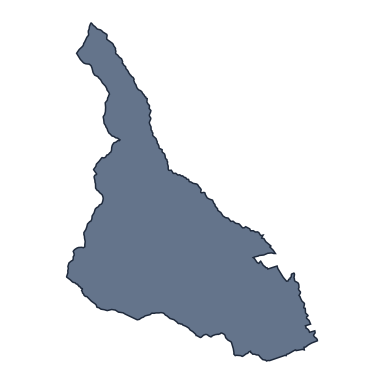 Bertea, Prahova, Romania (orthographic projection)
{"feature_id": "2599482B89107382852498", "entity_name": "Bertea", "entity_type": "district", "adm_level": 2, "iso_a3": "ROU", "parent_name": "Romania", "parent_adm1": "Prahova", "projection": "orthographic", "projection_center": [25.825, 45.276], "detail": "fine", "context": "isolated", "style": "filled", "palette": "slate", "viewbox_px": 384, "rotation_deg": 0, "n_neighbors": 0, "source": "geoboundaries", "source_scale": "gbopen_adm2", "svg_char_len": 5933}
<svg xmlns="http://www.w3.org/2000/svg" viewBox="0 0 384 384"><path d="M317.4,340.8L317.3,339.7L316.5,338.4L314.6,337.0L313.6,335.5L313.7,334.7L315.0,333.1L315.1,332.4L314.8,330.8L309.5,332.3L309.1,331.0L308.4,329.8L307.3,328.8L305.9,328.0L306.0,327.1L305.4,325.8L310.6,324.1L309.0,320.4L306.6,318.3L306.6,316.8L307.9,315.9L308.0,315.4L305.5,312.9L305.3,308.6L305.1,308.2L304.2,308.2L303.7,307.6L304.4,304.5L304.4,303.5L303.8,302.7L302.1,301.3L300.7,298.6L300.0,296.6L299.0,295.4L300.4,293.0L300.4,291.9L298.9,290.1L298.4,288.9L299.0,287.5L298.8,284.7L298.3,283.2L296.8,282.1L295.2,281.4L294.5,280.3L294.4,278.7L294.0,277.8L294.5,274.5L294.3,273.5L293.9,273.1L291.7,274.0L291.4,274.4L291.2,276.9L290.0,278.0L290.0,278.9L288.8,279.3L288.0,281.0L286.5,281.2L283.2,277.3L277.8,268.5L277.1,266.0L267.8,269.0L267.2,267.9L265.5,267.5L265.2,266.8L263.3,265.4L260.7,261.2L260.1,261.7L258.8,263.4L257.2,262.6L254.4,258.5L253.2,257.6L255.1,256.8L258.2,256.1L259.1,255.5L263.8,255.0L267.7,253.3L271.7,252.9L273.8,253.5L275.4,253.5L273.2,250.2L269.9,247.0L270.9,246.0L265.7,241.6L264.0,238.7L262.6,238.2L261.7,238.1L262.0,237.1L263.1,235.1L261.0,235.6L260.3,235.0L258.9,232.7L257.7,231.9L255.3,232.0L253.3,230.7L250.6,230.8L249.7,228.8L245.7,226.7L244.2,227.8L242.5,227.8L239.6,224.4L238.8,223.8L235.6,223.3L233.1,221.2L230.8,221.4L228.2,218.1L225.4,217.6L222.9,215.9L220.8,212.5L217.9,210.5L217.7,210.2L217.5,208.7L215.2,206.1L214.9,204.4L213.8,203.2L212.5,200.1L209.4,199.1L207.2,197.9L205.5,194.9L204.8,192.7L203.8,192.4L201.6,192.8L200.8,192.5L200.7,191.8L201.1,190.1L201.1,189.4L200.1,188.0L198.8,186.6L197.6,184.6L196.6,184.0L193.0,183.3L191.2,182.1L189.3,181.6L188.5,179.4L186.7,179.1L185.7,177.6L184.4,177.4L182.7,175.9L181.3,175.9L179.8,174.8L177.8,175.0L175.8,173.3L173.3,173.4L171.3,170.2L169.2,170.4L168.6,170.1L168.2,169.0L168.2,166.1L167.4,163.7L167.6,161.9L167.1,161.1L166.9,159.6L165.8,158.8L165.4,158.1L165.0,155.3L164.5,153.9L162.3,152.1L162.1,151.2L162.1,149.6L159.8,148.6L159.1,148.0L158.9,146.0L158.4,145.0L158.3,144.4L157.2,143.2L157.2,141.5L156.5,140.2L156.3,139.2L155.9,138.5L152.9,135.7L152.6,135.1L152.9,133.1L152.1,132.0L151.9,130.8L151.1,130.0L151.0,126.8L149.7,124.2L149.3,122.7L149.5,121.8L150.7,119.1L150.8,118.5L150.7,117.9L149.5,116.2L149.3,115.0L150.6,112.0L150.9,110.5L149.2,108.6L149.5,105.9L149.3,105.3L147.9,103.8L146.9,102.0L147.2,98.6L146.0,98.0L145.8,97.1L144.8,96.5L144.3,95.3L142.5,93.2L141.9,91.9L140.6,90.7L138.4,89.7L136.8,87.6L135.9,84.7L134.8,83.3L133.7,80.3L134.1,79.2L133.2,77.5L131.6,76.5L130.7,75.2L130.1,74.8L128.6,72.6L128.3,71.6L127.3,70.1L125.9,68.6L125.6,66.7L123.5,64.8L123.1,63.8L122.3,63.2L122.6,61.5L121.5,58.7L119.4,57.3L117.6,55.0L115.8,53.7L115.6,52.6L115.9,51.2L115.4,49.8L115.5,48.4L113.7,45.7L113.2,44.3L112.4,43.3L106.8,39.3L106.7,37.7L107.1,35.6L106.8,34.4L102.9,32.0L101.6,30.6L100.3,29.8L97.3,29.1L94.9,26.5L93.4,25.5L91.8,23.5L91.1,23.0L90.4,24.0L89.4,26.6L89.1,29.2L88.3,30.9L88.3,32.3L88.6,34.0L88.5,35.3L86.9,37.2L84.6,42.1L83.7,43.4L83.4,45.0L82.6,46.3L79.2,49.5L76.6,53.3L80.4,59.5L83.1,62.4L84.1,63.2L85.9,63.8L89.4,64.2L91.1,65.8L92.0,68.1L93.1,72.6L94.6,75.1L98.0,76.7L98.6,77.8L100.7,79.8L102.3,82.8L105.5,86.2L106.9,88.9L106.9,89.8L108.7,92.2L109.5,94.1L108.7,95.3L108.5,96.4L107.7,97.8L107.3,100.2L105.2,102.8L105.6,107.3L105.4,111.7L104.6,114.7L103.3,116.5L103.2,117.1L103.7,119.6L104.1,123.4L105.6,125.7L105.9,126.9L107.1,128.6L107.7,130.7L109.1,133.3L110.0,133.8L112.0,136.0L114.0,136.5L115.7,137.8L117.6,138.1L120.0,139.9L119.3,140.7L118.0,140.5L116.0,142.1L113.8,142.9L112.3,145.2L111.7,147.5L111.5,150.4L110.8,152.1L109.7,152.9L108.4,154.5L106.6,155.2L105.8,156.9L105.0,157.5L103.6,157.9L102.1,157.6L101.6,158.0L99.2,161.2L96.4,164.1L95.8,166.5L93.6,169.4L93.6,169.7L96.6,173.9L96.5,174.5L94.8,175.3L94.1,176.7L94.2,177.7L94.9,180.4L95.0,182.2L95.5,183.7L95.6,188.1L97.2,190.4L98.4,190.9L99.5,192.5L102.1,194.7L102.8,196.4L103.2,198.2L102.9,200.5L102.2,202.9L101.5,204.0L99.4,205.0L98.5,206.5L97.4,207.4L96.6,207.6L95.2,209.1L94.1,212.8L92.1,216.0L91.9,218.7L91.6,219.7L90.8,221.2L89.8,221.6L87.5,224.0L86.8,226.9L85.9,229.5L83.9,232.5L83.9,234.7L84.4,236.2L84.5,238.1L85.2,241.5L84.8,244.8L84.8,246.8L83.5,247.7L81.6,247.3L78.5,247.5L76.9,248.1L74.6,249.6L73.2,251.3L74.0,253.4L74.2,255.2L73.2,256.8L73.2,259.0L72.7,260.3L71.3,261.0L69.0,262.9L67.9,266.4L68.3,268.5L67.8,270.6L67.9,272.8L66.6,276.7L66.7,277.1L70.4,279.9L72.2,281.7L73.1,282.3L75.1,282.8L76.3,284.0L77.7,284.3L78.0,285.2L79.2,286.2L79.1,286.5L80.3,287.0L81.0,288.2L82.3,288.6L82.4,289.2L81.6,290.3L81.6,290.7L82.3,291.5L82.5,292.9L83.6,294.0L84.1,295.4L85.4,296.4L86.6,296.5L87.1,296.8L91.4,301.2L95.7,304.3L96.1,304.8L97.0,307.3L98.8,307.7L101.0,309.2L104.3,309.7L107.2,310.6L111.7,309.5L115.4,310.1L118.4,312.1L123.1,312.8L125.2,314.1L137.2,319.8L139.3,319.4L141.7,317.7L143.1,317.3L145.3,315.8L150.0,314.7L151.8,313.2L154.1,313.3L156.1,312.9L159.1,312.9L161.0,312.6L162.9,312.9L164.1,313.5L165.4,315.1L166.9,315.8L170.0,318.5L174.0,319.7L176.9,322.0L177.9,323.2L178.9,323.7L179.8,323.5L180.9,324.1L181.9,324.0L182.9,325.1L185.7,326.2L188.7,328.0L190.2,330.0L192.9,331.7L195.6,334.2L196.1,335.5L196.6,335.5L200.3,337.5L201.3,337.2L203.5,335.2L205.6,334.4L207.1,334.6L209.1,336.1L210.9,336.9L211.7,336.6L212.2,335.8L215.4,334.6L217.7,334.3L218.4,334.4L220.3,333.7L221.0,333.0L221.6,333.0L223.6,333.9L225.0,335.2L225.7,337.7L227.8,340.0L230.7,341.6L231.4,342.3L233.3,348.7L234.0,353.1L233.8,354.0L235.2,355.6L236.5,355.3L240.6,355.6L242.2,356.4L243.2,356.0L246.2,353.8L247.7,353.3L249.1,351.7L250.5,351.3L250.7,352.5L251.3,352.7L252.7,354.2L254.7,354.2L256.4,354.9L258.1,355.0L258.8,355.3L260.5,357.5L262.7,359.6L265.7,360.2L266.5,361.0L268.0,360.5L269.7,360.6L285.1,355.3L286.1,355.7L287.0,354.1L288.3,353.9L295.1,350.0L295.7,349.9L296.1,350.6L302.5,349.4L304.3,349.9L304.0,347.3L305.7,347.0L308.3,344.9L311.7,343.0L317.4,340.8Z" fill="#64748b" stroke="#1e293b" stroke-width="1.5"/></svg>